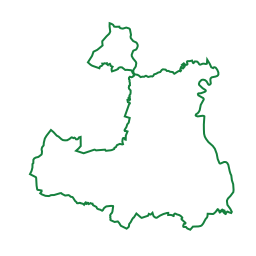 Ha Trung, Thanh Hóa, Vietnam, rotated 266°
{"feature_id": "81297802B67206181597957", "entity_name": "Ha Trung", "entity_type": "district", "adm_level": 2, "iso_a3": "VNM", "parent_name": "Vietnam", "parent_adm1": "Thanh Hóa", "projection": "orthographic", "projection_center": [105.848, 20.055], "detail": "fine", "context": "isolated", "style": "outline", "palette": "green", "viewbox_px": 256, "rotation_deg": 266, "n_neighbors": 0, "source": "geoboundaries", "source_scale": "gbopen_adm2", "svg_char_len": 5859}
<svg xmlns="http://www.w3.org/2000/svg" viewBox="0 0 256 256"><g transform="rotate(266 128 128)"><path d="M131.4,51.0L126.0,46.2L123.3,44.3L119.2,43.0L116.5,42.6L114.8,41.0L113.5,40.5L112.2,40.3L110.9,40.6L108.3,40.2L107.5,39.8L105.4,36.6L104.9,33.8L104.1,32.3L102.9,31.4L99.6,31.1L98.7,30.2L95.2,29.9L91.9,28.8L88.8,27.0L85.4,32.6L84.6,32.9L76.9,32.8L73.3,33.1L72.7,33.4L71.7,37.4L70.7,37.4L69.0,35.9L67.8,37.4L66.1,40.9L65.6,44.4L66.4,46.5L66.3,49.6L67.7,55.9L67.6,57.0L66.9,57.5L65.0,60.6L65.2,63.9L64.7,64.9L63.5,65.9L63.0,67.7L62.5,68.2L58.8,70.2L57.8,71.3L56.6,71.9L56.4,72.8L56.7,74.6L56.4,75.1L56.5,75.5L56.1,76.0L55.6,77.7L54.5,78.8L55.9,79.7L56.8,80.6L56.7,80.8L55.5,80.7L55.1,81.0L55.2,81.5L56.2,82.7L56.1,83.0L55.1,83.2L54.8,83.5L55.7,85.5L55.0,86.3L55.0,87.3L53.4,87.8L51.5,90.9L49.8,91.6L49.1,92.7L48.4,94.7L47.3,96.4L47.8,97.2L49.5,98.3L50.2,99.1L51.3,100.9L51.5,105.7L51.2,107.6L50.8,107.7L45.6,106.6L44.3,105.9L43.7,105.1L42.2,104.1L40.9,104.3L40.2,104.0L39.0,104.3L37.7,104.0L37.3,104.2L35.2,108.1L35.5,111.3L33.8,112.6L31.0,114.0L27.7,119.6L29.1,121.6L30.0,122.1L32.1,122.5L34.0,124.2L36.5,125.7L38.1,127.0L38.3,127.6L42.1,130.4L38.0,134.5L37.4,135.4L39.1,141.9L40.9,142.8L40.1,144.2L40.2,144.8L41.7,146.5L38.7,147.2L37.9,147.7L36.8,149.0L36.5,149.8L36.5,150.5L38.4,153.9L39.7,157.3L40.5,161.0L40.5,162.2L38.4,162.0L38.4,164.0L38.0,165.7L37.0,167.2L37.1,167.5L38.4,167.6L39.3,168.7L39.2,169.5L38.5,170.5L37.5,173.2L36.4,174.6L34.9,175.9L34.4,175.8L33.8,175.1L33.1,175.1L29.4,178.7L29.0,178.7L28.6,178.4L28.5,177.3L28.2,176.9L26.5,176.2L25.7,176.3L25.4,176.7L25.3,178.8L23.6,180.2L22.2,183.0L25.1,185.9L24.9,191.3L25.2,193.6L25.7,194.7L27.4,196.3L31.7,199.0L33.3,200.6L34.4,201.1L36.9,201.5L36.3,206.7L36.4,207.3L38.0,209.4L40.7,211.7L40.5,212.2L39.7,212.1L39.3,212.5L39.1,214.0L37.8,213.4L37.3,213.7L37.4,214.0L38.2,214.6L38.3,215.6L39.9,216.1L40.0,216.5L39.5,217.0L39.0,218.2L38.0,217.4L37.4,217.4L36.7,217.8L35.4,219.2L35.5,219.5L35.8,219.5L36.9,218.8L37.6,218.9L36.6,220.2L37.6,221.1L37.7,221.5L36.8,222.9L36.0,225.0L37.1,225.7L40.2,224.4L44.4,221.8L47.9,221.6L48.8,221.7L50.7,222.8L53.0,225.4L56.7,228.6L58.9,229.0L64.6,229.0L68.6,228.0L73.6,227.7L75.3,227.0L78.0,226.4L84.2,225.5L86.1,224.6L87.0,223.6L87.3,222.6L87.4,221.5L86.1,217.8L86.3,217.0L86.7,216.7L90.9,215.3L96.1,214.7L101.2,213.2L104.2,211.3L108.4,207.2L111.7,205.1L114.1,204.0L116.9,203.5L121.2,203.6L126.2,203.9L134.3,205.0L134.6,204.7L135.0,203.5L134.7,198.4L135.3,196.8L135.9,196.4L136.8,196.7L138.0,198.7L139.3,199.9L140.9,200.8L146.0,202.2L151.1,205.5L151.9,205.5L152.6,205.1L155.7,200.4L157.0,200.1L157.6,200.7L157.6,203.1L158.7,207.1L159.3,208.0L159.7,208.2L160.5,207.9L162.5,205.2L166.0,202.0L167.0,201.8L168.8,202.5L170.8,204.7L171.0,206.2L170.5,208.0L169.1,209.6L166.0,211.1L165.4,211.8L165.5,212.5L166.2,213.4L166.8,213.7L170.2,213.5L171.6,213.8L172.1,214.3L172.7,215.1L173.2,218.9L173.7,220.6L174.3,221.4L175.1,221.9L177.1,222.0L179.6,221.2L181.0,220.4L182.0,219.7L182.5,218.8L182.6,218.1L181.8,217.1L182.8,215.3L186.1,214.1L190.6,211.8L186.7,211.2L186.4,210.2L186.9,208.1L186.9,206.9L186.2,204.7L186.3,203.9L186.8,203.4L188.4,202.6L189.5,201.4L189.7,199.3L188.2,197.9L188.5,197.3L190.8,196.6L190.4,194.3L190.5,191.9L189.8,191.4L187.6,191.8L187.0,191.2L186.9,189.8L188.6,188.2L187.2,186.2L186.5,186.7L186.1,188.6L185.4,188.8L183.6,187.1L183.8,186.1L185.1,185.7L185.2,185.3L185.0,185.1L182.8,184.2L181.6,184.9L180.9,184.3L181.4,183.1L181.0,181.9L178.9,178.1L179.3,177.4L180.4,176.9L180.7,176.4L181.2,173.8L182.1,172.5L182.2,170.7L183.6,169.6L184.1,166.9L183.5,165.7L181.6,164.1L181.2,161.9L180.2,160.0L179.7,157.8L178.2,156.8L177.7,155.9L178.0,154.6L177.5,151.7L178.8,149.7L178.8,149.2L178.0,147.7L178.2,146.1L177.9,144.1L179.3,142.8L180.4,141.2L180.9,138.9L181.7,137.9L183.2,137.2L185.5,137.4L188.8,140.0L192.1,140.8L193.5,140.4L197.0,137.9L199.4,136.8L200.8,136.8L204.3,138.4L204.8,138.8L205.7,141.5L206.6,142.3L208.6,143.3L210.0,143.5L211.8,142.9L212.8,142.1L214.4,139.2L217.4,137.1L218.9,136.9L220.7,137.5L226.4,136.8L227.3,135.9L228.1,133.8L228.3,133.2L227.5,129.8L227.9,128.0L228.5,126.9L229.1,126.4L229.7,126.4L229.8,122.9L230.1,121.3L231.9,120.4L232.9,119.0L233.8,117.0L230.7,116.7L225.4,117.0L223.4,115.9L220.9,112.9L216.4,108.4L215.3,108.3L212.1,108.4L208.1,102.8L206.5,98.9L202.5,97.2L196.3,92.6L193.7,95.1L192.6,96.7L189.6,103.6L191.0,104.2L191.5,104.8L191.8,106.1L193.2,107.4L194.0,107.0L194.0,107.6L193.6,108.1L194.2,109.1L193.9,110.1L194.1,111.4L193.1,111.4L192.2,112.4L192.7,112.8L193.3,114.4L192.7,114.8L191.4,114.9L191.1,115.2L190.2,116.9L188.5,115.8L186.8,115.7L185.6,116.0L186.6,119.8L187.5,122.1L188.2,122.4L188.9,123.5L189.1,124.7L188.9,126.2L186.1,129.3L186.1,131.1L185.4,135.1L184.3,136.0L183.0,136.3L181.7,137.1L181.0,138.1L179.7,137.5L179.8,137.1L178.7,136.2L178.4,134.9L179.0,133.5L178.2,132.6L177.5,132.4L176.6,132.4L175.8,132.9L174.2,132.7L173.3,133.0L170.4,132.9L170.1,132.1L168.3,131.6L167.1,131.8L165.3,133.2L163.4,133.1L161.8,132.8L160.4,131.7L158.9,132.0L158.4,130.8L158.1,130.6L157.7,130.7L156.9,132.0L156.1,132.0L155.8,131.5L156.4,130.1L156.2,129.4L155.8,129.4L153.8,129.7L153.3,131.3L152.6,131.6L152.2,131.4L152.2,131.0L139.8,125.6L137.9,130.4L133.3,129.1L131.7,127.5L129.1,126.5L126.5,124.6L125.8,124.4L125.2,124.7L125.0,126.4L124.6,127.3L120.6,125.3L116.5,124.9L116.7,124.3L118.3,123.3L118.3,122.5L117.4,121.9L114.8,121.4L112.2,121.9L112.0,121.1L112.7,118.7L111.9,116.4L111.6,115.7L109.8,114.6L109.2,113.1L108.0,112.7L107.2,110.5L107.0,109.4L106.8,104.6L106.9,104.2L108.0,103.6L107.9,94.6L108.7,93.3L108.7,92.8L105.9,82.0L108.9,74.6L111.1,77.4L113.3,79.6L122.4,80.1L122.0,78.4L120.7,77.5L120.2,76.4L120.4,75.3L121.5,74.7L122.1,73.9L121.7,72.9L122.6,71.3L122.5,70.8L121.1,68.8L120.0,66.4L120.1,64.2L120.5,62.2L121.5,60.8L124.3,58.1L125.3,56.4L129.1,53.4L131.4,51.0Z" fill="none" stroke="#15803d" stroke-width="2"/></g></svg>